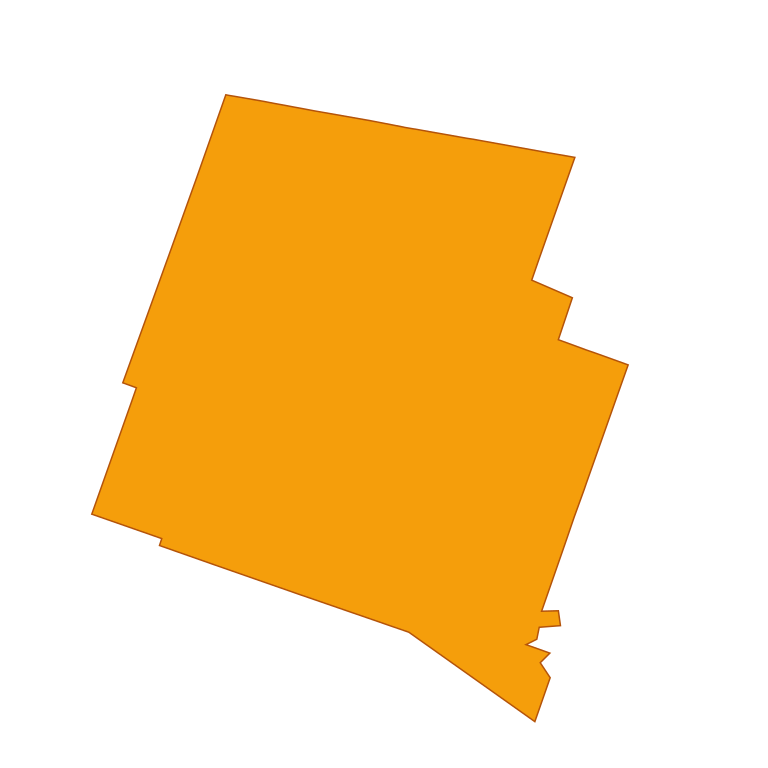 outline of Washington, Arkansas, United States of America, rotated 108°
{"feature_id": "52423323B11717840957677", "entity_name": "Washington", "entity_type": "district", "adm_level": 2, "iso_a3": "USA", "parent_name": "United States of America", "parent_adm1": "Arkansas", "projection": "albers", "projection_center": [-94.296, 35.993], "detail": "fine", "context": "isolated", "style": "filled", "palette": "amber", "viewbox_px": 768, "rotation_deg": 108, "n_neighbors": 0, "source": "geoboundaries", "source_scale": "gbopen_adm2", "svg_char_len": 963}
<svg xmlns="http://www.w3.org/2000/svg" viewBox="0 0 768 768"><g transform="rotate(108 384 384)"><path d="M109.5,272.5L113.0,297.1L113.2,298.1L122.9,369.2L123.6,374.5L124.6,380.5L125.9,389.7L129.0,412.0L129.1,412.4L131.9,432.8L132.2,434.5L133.4,442.6L133.6,443.9L133.6,444.0L133.6,444.6L137.7,477.7L145.8,535.0L147.4,547.6L148.4,555.0L149.6,564.4L151.1,575.4L151.4,578.1L151.6,579.3L152.3,585.2L152.8,588.7L156.5,614.5L157.5,621.0L157.8,623.8L245.5,625.9L331.8,628.5L333.9,628.6L390.8,630.4L463.6,632.8L464.1,618.3L478.9,618.6L598.1,621.7L599.7,547.6L607.0,547.6L608.4,488.5L610.3,399.3L611.3,342.3L612.4,283.7L658.5,136.2L612.0,135.2L600.8,149.3L588.7,143.1L588.0,168.4L579.5,159.8L567.4,161.2L559.3,141.5L545.8,148.1L551.4,163.9L488.9,162.6L472.3,162.3L452.0,162.0L422.4,161.0L415.6,160.9L309.2,158.2L290.4,157.7L289.3,192.1L289.1,202.7L288.0,231.9L243.8,231.5L239.6,275.6L218.3,275.2L109.5,272.5Z" fill="#f59e0b" stroke="#b45309" stroke-width="1.5"/></g></svg>